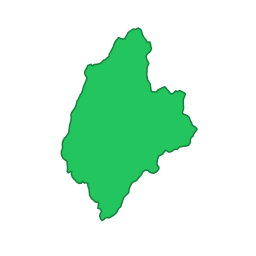 Passa Tempo, Minas Gerais, Brazil (Equal Earth projection), rotated 25°
{"feature_id": "56859067B23449152491676", "entity_name": "Passa Tempo", "entity_type": "district", "adm_level": 2, "iso_a3": "BRA", "parent_name": "Brazil", "parent_adm1": "Minas Gerais", "projection": "equal_earth", "projection_center": [-44.486, -20.65], "detail": "fine", "context": "isolated", "style": "filled", "palette": "green", "viewbox_px": 256, "rotation_deg": 25, "n_neighbors": 0, "source": "geoboundaries", "source_scale": "gbopen_adm2", "svg_char_len": 2814}
<svg xmlns="http://www.w3.org/2000/svg" viewBox="0 0 256 256"><g transform="rotate(25 128 128)"><path d="M70.4,124.8L70.8,127.2L71.4,129.1L71.4,132.8L70.8,135.5L70.4,138.4L71.1,141.0L72.4,142.9L73.3,145.8L73.8,149.6L74.7,152.5L75.3,154.5L76.3,157.2L75.9,160.0L75.5,162.4L74.7,164.1L74.6,166.1L74.7,168.3L75.2,170.2L76.2,172.0L77.3,174.4L77.6,177.7L78.6,179.8L80.6,181.9L82.3,183.0L84.2,183.5L85.8,183.5L87.1,184.4L88.1,186.3L89.2,188.1L90.4,190.4L91.2,192.9L92.7,193.9L93.9,192.2L95.3,191.4L96.2,193.7L97.9,195.7L100.4,197.1L102.3,197.6L104.2,198.6L107.0,199.0L109.1,197.6L109.3,195.6L111.7,196.3L113.2,195.3L114.8,195.2L116.4,197.8L118.5,199.8L120.0,202.4L121.4,204.8L123.2,206.4L125.5,207.7L127.4,207.9L128.9,208.7L130.4,208.8L132.1,207.5L133.5,209.6L134.6,213.4L137.4,213.2L139.3,214.9L139.1,217.2L139.5,219.7L141.3,221.6L143.5,222.9L144.8,221.2L145.7,218.7L147.3,217.9L148.8,217.5L150.3,215.5L152.1,212.7L153.4,209.3L153.4,205.0L154.7,202.4L154.2,199.0L153.8,195.6L153.5,192.8L154.5,190.0L155.9,186.4L154.9,183.3L154.5,179.7L154.8,176.7L156.0,174.0L157.9,171.9L158.6,169.0L159.4,166.7L160.0,164.1L159.7,162.0L160.8,159.8L162.7,158.3L164.3,157.8L165.7,158.8L168.1,158.8L170.3,158.3L171.9,156.5L172.8,154.5L173.2,151.7L172.2,150.1L170.5,149.6L169.1,147.7L168.4,145.2L167.8,142.4L167.6,140.4L169.3,138.6L170.6,136.6L170.9,134.3L171.6,132.2L173.2,132.4L175.6,132.5L177.7,130.5L179.0,127.8L181.7,126.5L182.4,123.8L184.4,122.3L186.5,120.7L188.8,119.5L190.2,117.9L190.6,114.7L189.4,112.3L189.3,110.1L190.3,108.1L190.1,105.2L190.6,102.8L191.1,99.8L189.1,98.8L187.5,98.5L185.4,98.5L183.6,96.6L181.8,95.2L180.3,94.0L179.2,92.7L177.2,91.9L174.5,91.8L172.1,92.0L170.7,90.9L170.4,88.6L169.9,86.1L168.7,84.2L167.6,82.0L166.3,79.5L166.0,77.3L165.9,75.1L165.4,72.6L163.0,72.3L160.7,72.2L158.9,72.3L157.5,74.1L155.5,74.2L154.8,76.1L154.0,78.1L151.7,78.8L149.3,77.3L147.5,76.8L145.8,75.8L143.9,75.1L142.4,76.6L141.0,78.4L139.1,80.7L138.4,83.5L136.7,84.1L134.8,84.9L133.4,84.6L132.1,82.8L131.0,81.0L130.0,79.5L128.9,78.2L127.2,77.4L125.4,76.1L124.3,74.4L122.8,72.4L121.9,70.4L121.1,68.2L119.9,65.7L119.6,63.2L119.7,60.9L118.1,59.5L116.3,58.2L114.9,56.6L114.0,55.0L114.2,52.5L115.6,50.0L115.9,47.8L115.5,45.8L114.1,44.4L113.1,42.5L111.4,40.8L109.4,42.1L107.0,40.5L104.8,39.6L102.7,38.1L100.8,36.3L99.2,34.3L97.4,33.2L95.0,33.1L93.3,35.3L90.8,36.2L89.2,39.0L87.8,41.3L87.7,44.2L87.5,46.5L87.3,48.6L85.7,49.6L83.7,50.0L81.4,49.9L80.6,52.2L79.9,55.2L80.1,58.5L80.3,61.4L80.2,64.0L80.0,66.6L79.8,68.9L80.6,71.3L79.2,73.7L78.6,75.7L77.2,76.9L76.4,79.4L75.5,81.3L73.7,82.8L72.0,84.0L70.6,84.6L69.7,86.5L67.4,86.0L65.2,88.4L65.2,91.9L64.9,94.8L65.8,97.0L67.4,98.5L69.6,99.8L70.1,103.2L70.1,106.1L70.3,109.6L70.9,113.0L71.2,116.0L70.7,118.4L70.8,120.7L70.9,122.9L70.4,124.8Z" fill="#22c55e" stroke="#15803d" stroke-width="1.5"/></g></svg>